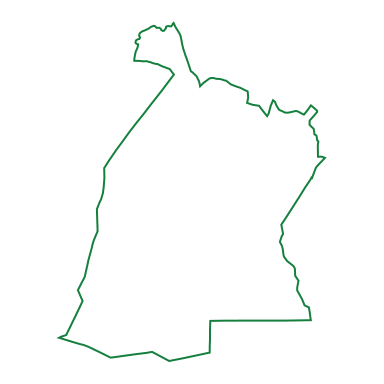 Al-Hatra, Ninawa, Iraq (Equal Earth projection)
{"feature_id": "34846034B76064773860715", "entity_name": "Al-Hatra", "entity_type": "district", "adm_level": 2, "iso_a3": "IRQ", "parent_name": "Iraq", "parent_adm1": "Ninawa", "projection": "equal_earth", "projection_center": [42.575, 35.589], "detail": "fine", "context": "isolated", "style": "outline", "palette": "green", "viewbox_px": 384, "rotation_deg": 0, "n_neighbors": 0, "source": "geoboundaries", "source_scale": "gbopen_adm2", "svg_char_len": 3510}
<svg xmlns="http://www.w3.org/2000/svg" viewBox="0 0 384 384"><path d="M59.1,337.8L59.8,338.0L72.8,342.0L79.3,343.9L83.7,345.0L88.2,346.7L100.9,352.8L109.9,357.3L110.5,357.6L112.6,357.4L113.3,357.3L134.9,354.3L147.0,352.8L149.6,352.3L152.1,351.9L152.9,352.3L168.3,360.5L168.8,360.8L169.3,361.0L171.6,360.5L182.4,358.4L201.7,354.3L207.7,353.0L209.7,352.6L209.7,347.6L210.0,339.3L210.0,330.4L210.3,320.9L223.0,320.7L226.3,320.7L228.1,320.7L231.4,320.7L241.4,320.6L244.7,320.6L252.4,320.6L255.7,320.6L259.0,320.6L281.7,320.6L285.0,320.6L310.8,320.2L310.3,316.7L309.8,312.8L308.9,307.4L304.6,305.4L302.1,299.3L299.4,294.4L297.2,290.5L297.2,287.6L297.8,284.4L298.5,280.6L297.4,279.1L295.7,276.5L295.2,275.9L294.9,268.9L294.3,267.4L293.5,266.1L287.2,261.1L284.8,257.8L284.0,256.7L283.4,254.3L283.0,250.6L282.4,247.4L282.0,246.0L279.9,241.9L280.7,239.3L281.3,237.6L281.6,236.5L283.1,233.9L281.3,224.7L286.2,217.3L292.1,208.1L300.5,195.0L305.3,187.2L310.1,180.2L311.5,177.6L312.0,178.0L315.7,168.2L316.3,167.1L318.3,164.9L320.5,162.5L323.3,159.6L324.9,157.9L322.7,157.0L322.0,156.8L321.5,156.7L321.3,156.7L319.7,156.7L318.7,156.8L318.1,156.9L318.0,156.7L317.9,150.7L317.8,147.1L317.8,145.4L318.0,143.5L318.4,141.7L318.0,141.0L317.2,140.4L317.0,139.4L316.8,137.5L316.6,136.0L316.1,135.3L314.4,134.3L314.2,131.6L313.6,128.7L312.0,127.3L309.5,124.7L309.6,122.4L309.7,120.5L310.9,119.1L312.6,117.3L317.1,112.0L317.2,110.9L314.7,108.5L313.0,107.1L310.9,105.4L309.7,107.1L308.0,109.5L305.7,112.5L304.9,113.5L303.9,114.6L301.6,113.5L300.8,113.1L298.7,111.8L297.4,111.4L296.4,111.0L294.5,111.2L294.1,111.4L289.1,112.5L288.6,112.6L287.0,112.7L285.3,112.6L284.7,112.5L283.1,111.6L281.9,111.0L279.5,110.1L278.7,109.2L276.6,105.8L275.3,102.7L274.8,101.6L273.0,100.3L272.0,102.7L270.7,105.8L270.1,108.2L268.8,112.9L268.5,113.7L268.5,113.8L267.1,116.1L265.2,113.8L261.2,108.7L259.1,105.8L256.6,105.4L252.6,104.8L247.1,102.9L248.2,97.7L247.8,92.6L247.6,91.3L244.6,90.0L240.3,87.8L237.2,86.8L231.2,84.6L228.4,82.5L226.2,80.7L224.5,80.4L222.9,79.8L221.0,79.2L218.5,78.9L216.9,78.9L216.1,78.7L214.4,78.3L213.8,78.1L213.3,78.0L210.6,78.1L209.2,78.7L206.5,80.7L203.4,83.0L202.9,83.5L200.1,86.3L199.7,84.2L199.6,83.5L198.8,80.7L197.7,78.7L197.0,77.0L196.2,75.8L194.9,74.7L193.3,73.1L192.3,72.2L190.9,71.3L186.4,57.8L185.6,55.9L184.0,51.0L183.2,48.6L182.5,45.7L181.7,41.7L180.6,35.9L179.5,33.5L175.7,27.4L174.1,24.2L173.6,23.0L172.8,23.7L172.3,25.1L171.2,26.3L169.7,26.3L168.1,26.0L166.8,26.4L166.0,26.9L165.9,28.3L164.9,29.5L164.1,30.7L162.8,30.9L161.3,30.0L160.6,28.6L159.3,27.8L158.0,27.8L156.5,27.8L155.2,26.3L153.9,25.8L152.3,26.3L150.6,27.1L149.2,28.3L147.9,28.9L145.7,30.0L144.1,30.7L142.3,31.3L140.1,32.9L139.3,34.3L139.2,35.9L140.1,37.5L139.3,39.0L137.9,39.2L136.0,40.4L135.5,42.1L135.8,43.3L136.8,43.9L138.2,44.4L137.9,46.1L137.2,48.5L135.8,51.4L135.0,54.9L134.4,58.3L134.3,60.8L136.9,60.9L139.0,60.9L142.7,61.3L146.9,61.2L148.4,61.8L150.3,62.1L152.6,63.1L155.9,63.9L157.5,64.0L161.7,66.1L166.0,67.7L169.8,69.1L173.9,74.6L172.2,76.8L161.3,91.3L151.1,104.2L143.9,113.6L137.3,121.8L129.6,131.7L123.3,140.4L116.1,150.2L108.5,161.3L104.2,168.1L104.4,178.1L103.6,188.3L103.3,189.9L102.9,193.2L101.0,199.6L99.6,202.3L98.1,206.1L96.9,209.1L97.6,231.2L95.8,235.5L93.7,240.6L92.7,243.9L91.6,248.5L88.3,260.6L87.6,264.1L86.4,269.4L85.0,275.7L84.7,277.0L82.7,280.8L80.7,284.6L77.9,290.2L82.6,301.0L80.0,306.6L76.4,314.1L73.3,320.5L69.4,328.5L66.2,335.0L61.5,336.6L60.4,337.1L59.1,337.8Z" fill="none" stroke="#15803d" stroke-width="2"/></svg>